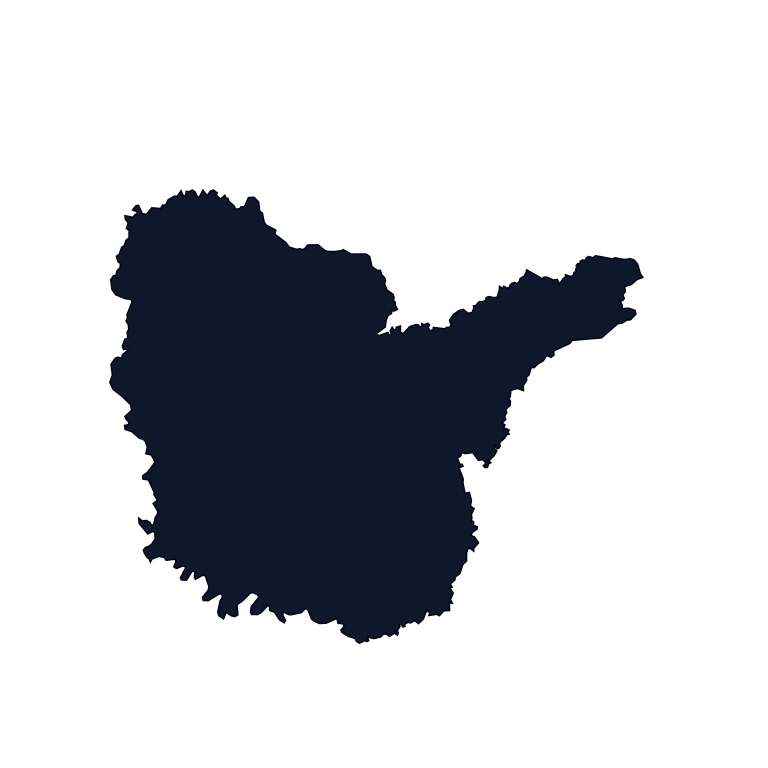 Doverlândia, Goiás, Brazil, rotated 253°
{"feature_id": "56859067B97324258200448", "entity_name": "Doverlândia", "entity_type": "district", "adm_level": 2, "iso_a3": "BRA", "parent_name": "Brazil", "parent_adm1": "Goiás", "projection": "albers", "projection_center": [-52.503, -16.899], "detail": "fine", "context": "isolated", "style": "filled", "palette": "ink", "viewbox_px": 768, "rotation_deg": 253, "n_neighbors": 0, "source": "geoboundaries", "source_scale": "gbopen_adm2", "svg_char_len": 6172}
<svg xmlns="http://www.w3.org/2000/svg" viewBox="0 0 768 768"><g transform="rotate(253 384 384)"><path d="M142.6,292.3L143.0,294.3L146.8,294.5L143.5,299.7L143.1,307.2L145.0,310.2L144.0,313.4L141.1,315.2L142.6,321.5L144.7,321.0L144.4,324.5L147.2,328.3L149.7,328.1L149.0,330.4L146.3,330.7L146.0,333.1L148.3,333.6L149.0,337.2L147.7,339.8L148.8,344.1L144.7,346.9L147.8,353.0L154.1,357.8L153.3,360.4L151.3,360.5L149.5,359.2L148.4,367.0L146.2,369.2L149.5,374.9L148.3,380.5L155.6,382.6L154.3,385.3L158.5,384.6L163.9,389.1L169.5,387.3L169.8,389.8L173.3,388.9L176.0,394.6L178.6,395.6L180.6,401.3L188.2,406.5L190.7,411.3L198.2,413.5L202.1,416.4L201.1,418.8L197.9,420.9L200.7,421.9L204.5,428.0L211.0,426.0L214.0,422.9L216.4,425.5L218.0,430.6L220.3,431.4L223.0,428.0L225.8,429.5L228.2,427.5L229.9,428.9L233.6,429.3L238.4,433.8L242.1,431.0L247.0,433.6L255.4,433.9L255.8,429.6L266.4,430.6L269.9,432.0L281.9,431.3L282.3,435.6L284.3,435.2L285.6,432.9L291.6,432.6L292.8,436.3L295.7,438.7L293.6,441.3L292.5,448.8L283.3,451.9L282.8,456.2L279.8,458.0L277.4,457.3L277.1,455.2L274.8,455.9L273.9,458.5L277.0,460.7L277.5,463.3L279.8,461.5L283.3,468.5L287.5,472.6L290.0,470.5L292.8,471.8L289.7,472.9L288.8,474.9L290.6,477.0L294.0,477.3L297.0,483.6L299.6,486.6L299.5,489.1L301.5,488.3L303.3,490.2L305.7,487.7L306.2,485.2L309.5,487.7L312.1,485.6L314.5,490.0L318.1,490.0L320.6,492.9L324.1,492.9L326.6,498.4L330.6,499.9L333.2,499.1L335.1,501.1L340.8,503.5L340.7,510.3L336.9,515.4L341.9,516.8L346.1,521.8L348.7,522.0L350.3,525.4L356.7,529.6L355.7,532.5L358.1,536.8L359.6,543.1L363.8,548.0L360.7,551.5L361.8,554.9L366.0,556.0L368.5,573.7L370.7,576.7L364.5,605.5L373.3,625.2L372.6,630.1L374.1,634.6L373.3,638.6L377.1,645.3L380.9,645.6L382.4,643.8L385.2,639.6L386.2,633.9L390.1,634.8L394.1,634.1L394.2,636.9L395.5,638.8L399.4,638.4L401.6,641.6L406.8,642.8L406.8,649.4L410.0,656.7L410.2,662.7L414.5,661.4L424.6,661.6L429.7,659.3L431.8,656.2L432.8,650.2L437.2,641.7L436.7,639.3L444.8,623.9L443.6,620.8L446.2,616.8L445.4,614.3L443.4,612.5L444.6,610.2L443.9,607.3L441.8,606.8L442.4,604.3L440.9,602.3L439.5,603.8L438.5,601.4L435.6,600.2L434.8,598.0L432.5,596.5L432.2,593.9L435.5,589.5L433.1,588.7L432.5,586.2L428.3,581.0L433.3,580.3L434.0,576.2L438.3,571.4L439.5,568.3L438.3,566.2L451.5,553.8L448.5,552.1L446.1,549.2L445.2,545.2L442.6,543.4L441.0,540.5L442.9,538.8L442.9,535.9L441.4,532.9L439.4,532.2L439.9,529.5L442.5,527.1L440.4,525.7L443.6,523.0L440.2,521.8L434.1,517.5L434.2,515.1L437.0,509.6L436.7,506.9L434.3,505.5L433.8,502.5L434.9,499.1L432.1,494.4L432.5,492.3L430.4,492.1L426.7,489.2L427.0,485.2L432.3,481.5L432.4,477.3L430.0,470.4L425.9,465.3L420.2,465.3L419.1,462.7L419.8,460.7L419.0,458.2L423.7,447.8L421.1,446.4L421.8,443.4L425.4,442.7L427.1,444.9L429.3,443.6L429.1,439.2L430.7,437.9L428.3,436.9L427.8,434.8L430.4,434.3L431.5,431.6L431.4,425.4L426.5,417.1L428.8,414.8L434.6,416.7L434.7,412.3L432.7,411.4L433.0,409.2L435.9,408.4L433.1,405.5L428.8,405.6L429.6,403.4L432.1,402.7L431.8,393.3L434.1,390.9L438.2,401.9L444.5,404.8L448.3,407.9L449.1,411.6L451.5,412.9L450.8,415.8L451.6,418.7L456.2,417.8L458.7,418.7L461.3,417.5L464.0,419.0L467.3,418.8L473.3,414.2L479.8,413.9L482.5,415.7L485.3,415.7L489.3,413.7L493.8,413.7L494.7,410.7L499.8,406.8L510.1,407.6L513.6,404.8L517.8,390.6L524.5,384.3L523.9,382.3L525.2,375.1L527.4,368.6L529.2,366.3L536.4,361.6L539.3,351.5L536.5,347.7L536.5,344.8L538.1,343.1L538.2,340.0L542.7,333.4L548.0,331.5L559.2,323.4L562.7,325.6L570.2,318.0L573.6,316.7L583.1,317.7L585.5,315.7L594.8,317.3L600.6,314.3L601.9,308.9L594.4,302.5L595.3,299.0L593.9,297.5L594.5,293.5L598.6,292.5L604.1,289.0L607.0,289.2L608.1,287.3L610.9,287.1L608.8,281.5L613.9,278.9L615.5,280.4L619.4,277.7L619.3,274.3L615.8,269.8L622.4,267.5L616.5,261.8L619.1,259.9L622.6,259.7L625.6,257.4L624.9,254.3L626.1,251.1L621.2,249.0L624.0,246.9L628.2,246.5L624.0,241.1L624.9,238.4L623.3,231.4L618.9,227.5L619.9,224.6L617.2,221.6L620.4,213.4L615.8,206.5L617.5,202.7L626.7,201.5L626.9,198.7L624.0,194.4L620.7,198.4L618.9,197.6L618.9,195.4L616.8,192.8L620.7,185.5L617.5,184.8L612.7,186.5L608.0,183.1L605.4,185.1L598.4,182.9L596.8,179.3L592.0,175.8L591.4,173.1L585.5,168.7L584.4,165.4L578.5,165.4L576.3,167.2L572.4,165.5L570.3,161.7L566.4,159.4L566.6,156.9L563.6,153.1L553.7,151.5L547.7,153.6L541.1,161.7L539.5,165.6L537.9,167.2L535.7,166.7L525.3,158.4L522.2,158.1L519.6,155.6L515.7,156.8L511.1,155.9L508.5,153.4L502.8,152.5L502.4,149.0L496.6,144.8L493.0,145.0L492.8,147.6L491.4,149.4L488.5,142.4L485.5,140.9L487.5,136.9L487.1,134.3L482.6,128.6L472.0,126.9L465.7,122.3L458.1,123.3L448.7,129.9L438.3,135.6L432.7,135.0L428.7,126.8L425.7,127.0L421.5,129.1L420.0,127.5L420.2,123.8L416.3,123.1L412.3,128.8L403.7,134.2L401.5,137.6L398.7,138.9L392.8,139.2L387.0,135.9L384.1,140.7L377.6,141.9L375.6,141.4L368.5,131.6L366.7,126.2L363.5,125.7L361.2,130.6L347.4,132.6L345.6,131.6L339.2,133.4L337.2,128.2L328.8,130.4L326.3,129.8L323.1,126.1L316.5,122.4L317.4,120.1L320.1,119.8L323.0,116.8L323.7,112.9L327.5,110.2L322.1,109.1L309.6,114.3L310.7,119.9L308.8,121.3L303.0,120.0L299.3,115.7L297.7,112.5L297.4,108.0L295.5,105.3L292.1,105.4L287.4,106.7L285.4,108.3L282.1,108.5L284.5,111.1L285.0,118.4L282.3,123.2L279.1,124.1L277.5,133.3L274.7,132.9L270.5,129.5L268.2,131.6L268.8,138.2L268.0,140.5L265.7,140.1L258.2,132.6L255.8,133.0L254.2,137.9L261.4,146.2L259.8,148.3L254.4,146.1L252.4,146.6L254.2,155.3L252.4,157.1L241.2,157.3L238.2,155.6L233.0,148.1L229.8,147.8L228.2,152.6L231.4,165.2L230.6,167.1L228.0,167.6L224.2,163.6L214.2,158.2L210.5,158.4L206.3,161.9L211.8,166.3L206.9,170.2L205.2,173.4L206.0,176.8L215.9,179.0L217.9,185.2L223.3,195.5L222.5,198.0L219.2,201.6L216.6,201.9L209.9,191.9L204.7,189.6L202.3,190.0L200.5,195.6L201.3,199.7L205.7,207.3L205.4,209.6L200.8,208.5L197.8,212.5L189.0,215.1L184.8,218.8L186.7,220.7L192.5,219.6L195.5,221.1L191.3,225.4L190.5,227.6L189.5,238.2L192.2,242.9L190.7,245.1L180.5,246.0L177.7,247.7L173.8,252.3L172.2,258.7L173.6,270.4L168.6,270.1L166.8,274.3L165.0,275.3L162.9,273.8L161.4,270.9L158.9,271.1L153.5,275.6L148.9,282.2L146.0,282.3L143.3,284.7L144.2,290.7L142.6,292.3ZM144.4,324.5L142.6,321.5L139.8,323.4L142.0,324.9L144.4,324.5Z" fill="#0f172a" stroke="#020617" stroke-width="1.5"/></g></svg>